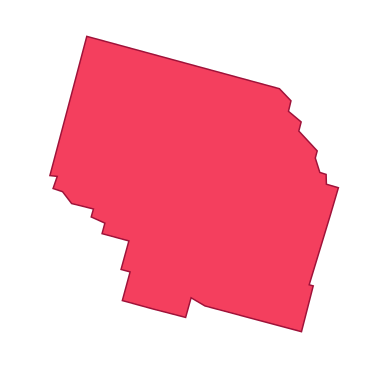 Venango, Pennsylvania, United States of America (Albers equal-area conic projection), rotated 105°
{"feature_id": "52423323B82006057741431", "entity_name": "Venango", "entity_type": "district", "adm_level": 2, "iso_a3": "USA", "parent_name": "United States of America", "parent_adm1": "Pennsylvania", "projection": "albers", "projection_center": [-79.716, 41.398], "detail": "fine", "context": "isolated", "style": "filled", "palette": "rose", "viewbox_px": 384, "rotation_deg": 105, "n_neighbors": 0, "source": "geoboundaries", "source_scale": "gbopen_adm2", "svg_char_len": 576}
<svg xmlns="http://www.w3.org/2000/svg" viewBox="0 0 384 384"><g transform="rotate(105 192 192)"><path d="M212.9,333.5L211.8,326.2L224.6,327.1L225.2,317.1L234.3,305.3L233.9,282.8L242.2,282.9L244.6,268.1L255.5,268.1L255.6,240.3L285.2,240.5L285.2,231.1L314.9,231.2L315.1,199.4L314.8,165.7L294.4,165.5L298.7,150.0L298.6,50.1L251.3,50.6L251.3,54.8L178.4,52.4L150.0,51.7L149.7,64.2L140.3,67.0L140.0,73.6L127.3,81.7L119.9,81.7L105.5,104.6L96.1,104.7L89.1,119.7L78.3,120.0L69.6,134.3L68.9,333.9L122.9,333.7L212.9,333.5Z" fill="#f43f5e" stroke="#9f1239" stroke-width="1.5"/></g></svg>